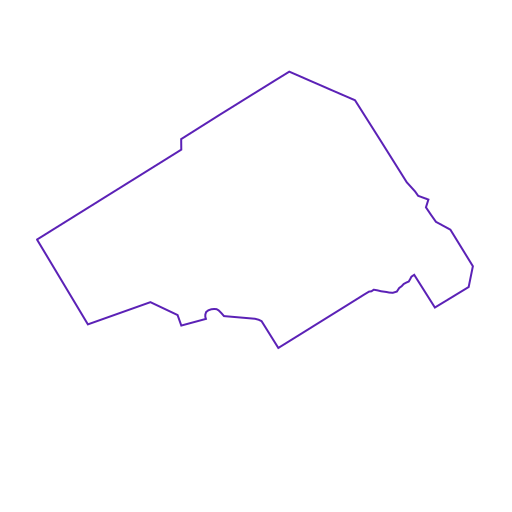 Yangoru Saussia District, East Sepik, Papua New Guinea, rotated 148°
{"feature_id": "67681753B58209203990587", "entity_name": "Yangoru Saussia District", "entity_type": "district", "adm_level": 2, "iso_a3": "PNG", "parent_name": "Papua New Guinea", "parent_adm1": "East Sepik", "projection": "robinson", "projection_center": [143.419, -3.768], "detail": "fine", "context": "isolated", "style": "outline", "palette": "violet", "viewbox_px": 512, "rotation_deg": 148, "n_neighbors": 0, "source": "geoboundaries", "source_scale": "gbopen_adm2", "svg_char_len": 910}
<svg xmlns="http://www.w3.org/2000/svg" viewBox="0 0 512 512"><g transform="rotate(148 256 256)"><path d="M432.9,386.0L433.0,385.8L434.8,287.1L370.0,272.8L353.8,247.5L356.2,236.6L331.8,229.2L331.2,231.3L330.0,233.2L328.0,234.9L325.2,235.2L322.1,234.5L319.5,233.2L317.6,231.8L316.5,229.7L316.0,227.6L315.6,225.8L315.0,222.0L290.1,203.3L287.5,200.5L285.8,197.8L285.8,166.2L205.1,166.0L185.3,166.0L179.0,165.9L176.8,164.9L174.0,165.0L171.2,162.5L168.6,159.8L164.5,156.4L162.4,154.4L159.5,152.3L155.4,151.2L151.5,153.0L148.5,153.2L145.6,154.0L142.5,153.8L140.0,153.4L137.3,154.8L135.7,155.8L135.1,156.1L131.8,156.2L131.6,117.5L92.1,117.0L77.5,132.4L77.2,175.3L85.3,189.6L85.8,198.5L86.1,207.2L79.9,212.5L86.6,221.1L86.9,226.5L89.1,238.6L89.2,286.8L89.5,335.6L104.2,356.9L130.1,394.7L146.8,394.8L174.3,394.9L212.0,395.0L257.5,394.8L263.0,385.8L432.9,386.0Z" fill="none" stroke="#5b21b6" stroke-width="2"/></g></svg>